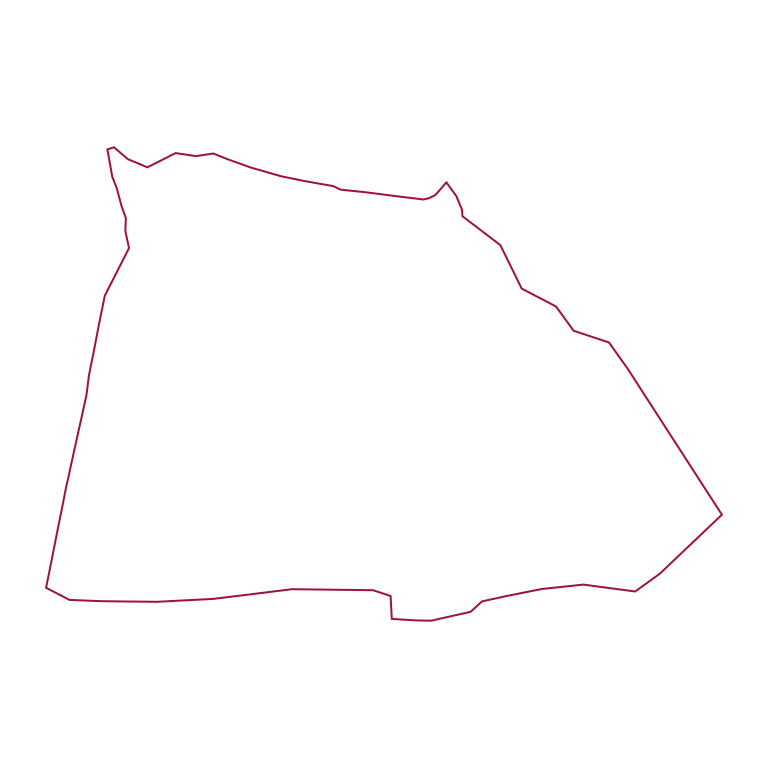 Yola North, Adamawa, Nigeria (Albers equal-area conic projection)
{"feature_id": "59680162B21673152212894", "entity_name": "Yola North", "entity_type": "district", "adm_level": 2, "iso_a3": "NGA", "parent_name": "Nigeria", "parent_adm1": "Adamawa", "projection": "albers", "projection_center": [12.433, 9.255], "detail": "fine", "context": "isolated", "style": "outline", "palette": "rose", "viewbox_px": 768, "rotation_deg": 0, "n_neighbors": 0, "source": "geoboundaries", "source_scale": "gbopen_adm2", "svg_char_len": 1203}
<svg xmlns="http://www.w3.org/2000/svg" viewBox="0 0 768 768"><path d="M303.7,180.9L280.8,176.2L250.3,167.4L248.3,166.7L245.2,165.5L228.3,159.5L213.3,153.5L195.9,156.1L175.6,153.1L147.4,167.3L127.9,159.2L114.0,147.3L107.4,149.4L112.2,176.5L116.7,188.0L121.7,206.6L125.9,218.2L125.3,230.8L129.0,248.1L122.6,260.7L104.8,295.7L99.1,323.7L97.5,332.0L94.1,349.8L88.9,375.6L86.5,394.8L82.5,413.1L81.1,419.5L78.6,430.6L76.2,441.6L74.3,450.1L72.3,459.3L70.6,466.9L68.4,477.5L66.6,484.8L64.4,495.9L63.2,502.2L62.8,504.2L61.3,511.7L59.4,521.0L57.4,530.9L55.7,539.6L53.7,549.7L51.6,560.4L50.0,568.2L48.9,573.9L47.5,580.6L46.1,587.8L69.5,599.9L102.0,601.2L127.0,601.5L138.2,601.6L157.0,601.8L213.2,598.9L292.0,589.2L373.0,590.2L390.6,596.0L391.8,618.9L416.0,620.4L431.2,620.7L450.6,616.3L470.6,611.8L482.0,601.4L506.6,596.0L541.8,589.0L583.4,584.6L635.2,591.5L659.8,573.7L721.9,514.7L627.5,368.5L609.0,342.5L573.7,330.8L556.0,306.5L521.7,288.6L500.4,245.2L462.4,216.2L462.1,210.0L456.4,196.2L446.4,182.4L435.3,195.1L428.9,198.2L423.5,199.5L410.4,197.9L394.8,196.0L366.1,192.3L350.6,190.7L340.4,189.6L333.3,186.1L327.0,185.0L323.5,184.4L321.6,184.1L303.7,180.9Z" fill="none" stroke="#9f1239" stroke-width="2"/></svg>